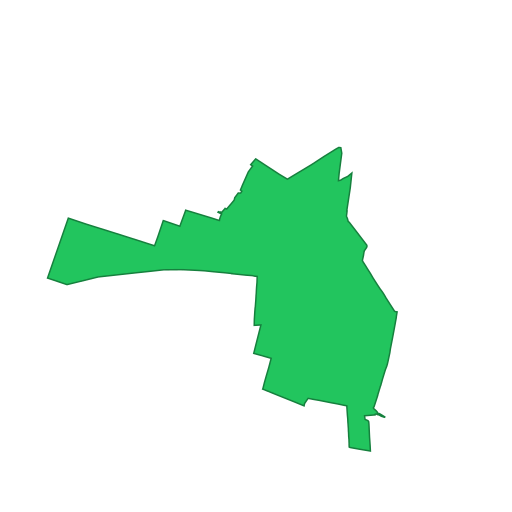 the district of Crangeni, Teleorman, Romania, rotated 205°
{"feature_id": "2599482B26169068281566", "entity_name": "Crangeni", "entity_type": "district", "adm_level": 2, "iso_a3": "ROU", "parent_name": "Romania", "parent_adm1": "Teleorman", "projection": "mercator", "projection_center": [24.773, 44.008], "detail": "fine", "context": "isolated", "style": "filled", "palette": "green", "viewbox_px": 512, "rotation_deg": 205, "n_neighbors": 0, "source": "geoboundaries", "source_scale": "gbopen_adm2", "svg_char_len": 3461}
<svg xmlns="http://www.w3.org/2000/svg" viewBox="0 0 512 512"><g transform="rotate(205 256 256)"><path d="M204.2,371.7L206.5,366.9L209.7,363.1L211.4,360.4L213.1,359.1L215.6,366.1L221.7,385.4L224.9,390.0L226.8,389.4L228.7,386.8L236.0,375.6L244.3,362.2L254.5,347.1L260.0,338.9L261.9,339.1L269.6,339.9L297.3,343.9L297.6,342.9L299.3,336.9L299.4,336.5L297.1,336.1L297.3,335.1L298.5,329.0L298.3,318.9L298.2,313.9L298.1,312.8L298.0,309.2L296.5,308.9L296.2,308.8L296.5,306.5L298.7,305.6L299.9,299.9L299.4,297.4L302.4,286.2L303.4,286.1L304.1,286.1L304.1,285.9L304.9,283.3L305.4,281.5L305.5,281.0L306.6,281.0L306.8,280.4L307.9,280.4L308.8,280.3L308.9,279.6L308.1,279.6L305.8,279.6L305.2,279.5L304.9,279.5L304.9,276.9L304.5,273.8L304.5,273.7L304.2,273.0L304.1,272.7L304.3,272.6L305.4,272.5L311.9,271.7L329.5,269.2L339.1,267.8L338.9,266.2L337.6,250.8L354.5,249.0L355.0,248.9L353.1,231.9L352.3,223.0L352.3,222.4L388.3,217.8L423.5,213.1L442.1,211.0L435.6,147.9L415.2,150.2L390.2,170.3L389.9,170.5L357.8,190.0L345.8,197.2L333.8,204.5L331.7,205.5L319.1,211.5L316.0,212.9L307.7,216.3L301.3,218.9L296.5,220.8L288.1,223.7L277.0,227.7L270.3,230.0L270.3,229.8L263.4,232.2L258.5,233.9L257.3,234.3L251.0,236.7L248.5,237.2L246.3,238.0L243.9,232.4L243.0,229.9L242.3,228.0L241.2,225.2L240.0,222.3L239.2,220.1L238.9,219.4L237.5,215.9L236.5,213.2L235.2,209.8L234.8,208.4L233.6,205.2L230.7,197.8L228.3,192.4L222.4,195.6L220.6,186.1L218.4,174.5L216.9,166.8L210.9,167.8L199.0,169.7L197.3,160.4L195.9,151.1L194.9,145.0L193.7,138.7L193.7,138.2L176.2,139.1L159.9,140.0L149.1,140.5L149.6,142.6L149.6,143.0L149.1,146.3L148.9,147.4L148.6,149.0L145.5,149.8L143.8,150.2L140.2,151.2L137.6,151.9L128.2,154.2L124.5,155.1L124.3,155.2L118.8,156.6L113.1,157.9L110.4,158.6L105.8,150.2L104.5,148.0L103.7,146.6L103.3,145.8L102.4,144.1L101.6,142.7L100.3,140.3L99.4,138.7L98.7,137.3L98.3,136.5L97.8,135.6L97.5,135.1L97.1,134.3L96.7,133.6L96.5,133.1L96.2,132.6L96.0,132.1L95.6,131.4L95.1,130.6L94.7,129.9L94.6,129.6L94.2,129.1L94.1,128.8L93.9,128.4L93.5,127.6L93.1,126.8L92.4,125.5L92.1,124.8L91.5,123.6L91.2,123.1L91.0,122.6L90.8,122.5L90.7,122.2L89.8,122.2L80.7,124.6L69.9,127.6L72.4,132.3L76.7,140.1L82.4,151.0L83.8,153.4L84.5,153.9L85.2,154.1L87.9,154.0L88.2,154.1L90.1,157.1L82.0,161.7L81.1,162.2L81.4,162.5L81.2,162.8L80.8,163.1L80.5,163.5L79.9,163.6L78.9,163.6L78.4,163.7L77.9,163.9L77.0,163.9L76.3,163.9L75.6,163.8L74.6,163.7L73.7,163.9L73.2,163.9L72.2,164.0L71.3,164.2L71.3,164.6L74.4,165.0L77.4,165.3L79.5,165.0L80.3,165.9L82.0,166.6L85.0,167.5L85.5,168.2L85.3,169.2L86.7,180.6L86.8,180.6L86.9,181.2L86.9,181.7L87.0,182.0L87.2,183.3L87.4,184.9L87.8,187.3L87.8,187.7L87.9,188.3L88.0,189.0L88.1,189.7L88.2,190.1L88.2,190.6L88.3,191.8L88.4,192.3L88.5,192.8L88.6,193.4L88.8,194.8L89.3,197.6L90.7,207.6L90.9,211.0L91.1,212.5L91.2,213.3L92.0,217.0L93.8,224.8L95.0,228.8L95.2,229.6L97.4,238.5L100.1,249.0L102.8,259.3L103.3,260.7L103.6,261.8L104.5,265.0L106.2,264.5L107.1,264.5L107.3,264.6L108.5,265.4L114.1,268.9L120.9,273.2L121.5,273.7L124.9,276.0L128.2,277.9L129.1,278.3L129.9,278.8L133.5,281.0L140.6,285.5L144.9,288.5L147.1,289.9L147.6,290.2L149.8,291.6L152.2,293.2L153.3,293.9L156.9,296.2L157.7,296.9L158.8,301.8L159.8,305.2L160.0,306.6L159.4,310.1L159.4,311.3L159.8,312.1L160.1,312.6L162.2,313.7L175.0,320.4L185.8,326.0L187.0,326.2L188.9,328.5L189.3,328.9L190.5,329.9L190.9,330.4L191.7,332.9L192.5,335.3L192.8,335.2L199.4,357.7L204.2,371.7Z" fill="#22c55e" stroke="#15803d" stroke-width="1.5"/></g></svg>